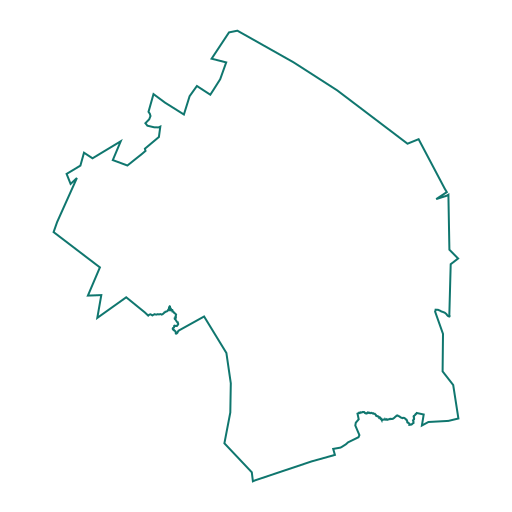 Rodeo, Durango, Mexico
{"feature_id": "50627088B73828506839390", "entity_name": "Rodeo", "entity_type": "district", "adm_level": 2, "iso_a3": "MEX", "parent_name": "Mexico", "parent_adm1": "Durango", "projection": "orthographic", "projection_center": [-104.523, 25.192], "detail": "fine", "context": "isolated", "style": "outline", "palette": "teal", "viewbox_px": 512, "rotation_deg": 0, "n_neighbors": 0, "source": "geoboundaries", "source_scale": "gbopen_adm2", "svg_char_len": 5575}
<svg xmlns="http://www.w3.org/2000/svg" viewBox="0 0 512 512"><path d="M255.2,480.3L311.6,461.4L334.9,454.9L333.2,448.9L340.5,447.6L341.8,446.9L345.9,444.3L348.1,442.3L358.5,437.2L359.4,435.1L355.3,425.5L355.8,422.7L358.7,419.3L357.5,413.6L358.2,413.3L358.7,413.1L358.9,412.8L359.0,412.7L359.5,412.9L359.6,413.1L359.8,413.1L360.2,412.4L360.5,412.3L360.8,412.5L361.4,412.5L361.8,412.5L362.4,412.0L363.0,412.1L363.3,412.0L363.6,412.0L363.8,412.1L364.0,412.0L364.3,412.1L364.4,412.3L364.5,412.4L364.7,412.6L364.8,412.9L365.0,413.1L365.3,413.2L365.5,413.3L365.7,413.1L365.9,413.1L366.1,413.2L366.3,413.3L366.5,413.5L366.8,413.5L367.0,413.4L367.3,412.9L367.8,412.9L367.9,412.7L368.0,412.4L368.4,412.5L368.9,412.9L369.3,412.7L369.8,413.1L370.1,413.2L370.3,413.2L370.6,413.1L370.8,413.1L371.1,412.8L371.4,412.8L371.7,412.9L371.8,413.0L372.2,413.1L372.6,413.4L372.8,413.5L373.0,413.6L373.3,413.6L373.5,413.4L374.0,413.8L374.8,413.8L375.0,414.1L375.2,414.3L375.6,414.6L375.9,414.9L376.0,415.2L375.9,415.4L376.0,415.6L376.1,415.8L376.6,416.0L376.8,416.1L377.1,416.0L377.4,416.2L377.6,416.2L377.7,416.4L377.8,416.5L378.1,416.4L378.4,416.5L378.6,416.8L378.8,417.0L379.0,417.2L379.3,417.2L379.3,417.4L379.3,417.6L379.5,417.5L379.6,417.3L379.8,417.3L380.2,417.7L380.2,417.8L380.3,418.4L380.5,418.4L380.5,418.6L380.7,418.9L381.0,418.9L380.9,419.2L381.1,419.4L381.6,419.8L381.8,420.2L381.9,419.8L382.1,419.8L382.4,419.7L382.5,419.7L382.5,419.8L382.8,419.9L383.1,419.7L383.5,419.5L384.8,419.6L384.9,419.4L385.0,419.6L385.3,419.7L385.5,419.6L385.9,419.6L386.0,419.4L386.3,419.4L386.5,419.3L386.7,419.5L386.8,419.4L387.0,419.7L387.3,419.7L387.4,419.8L387.5,419.8L388.4,419.4L388.6,419.4L388.8,419.3L389.0,419.2L389.4,419.1L389.8,419.2L390.0,418.9L390.4,418.9L390.5,418.8L390.9,418.8L391.2,418.9L391.3,419.0L391.5,419.0L392.0,419.0L392.1,418.9L392.3,418.8L392.8,418.8L393.1,418.7L394.0,418.0L394.2,417.9L395.4,416.7L396.3,416.1L396.5,415.7L397.2,415.4L397.7,415.5L397.9,415.8L398.4,416.1L398.8,416.2L399.5,416.4L399.9,416.9L400.7,417.3L401.0,417.6L401.4,417.8L402.5,417.9L402.6,418.1L403.0,418.0L403.2,417.9L403.6,417.8L404.1,417.9L405.0,418.4L405.3,418.7L405.5,419.1L405.7,419.4L406.2,419.4L406.5,419.6L406.9,420.4L406.9,420.7L407.2,421.1L407.3,421.5L407.2,422.0L407.4,422.5L407.5,422.6L407.9,422.6L408.1,422.8L408.5,422.9L409.0,423.3L409.2,423.7L409.4,424.1L409.3,424.9L409.8,424.9L410.0,424.6L410.4,424.4L411.0,424.6L411.3,424.4L411.5,424.5L411.9,424.3L412.1,424.1L412.4,423.8L412.7,423.4L413.0,423.2L413.4,423.1L413.4,422.9L413.5,422.7L413.5,421.6L413.0,420.7L413.3,420.2L413.4,419.6L413.6,419.5L413.9,419.5L414.0,419.4L414.1,418.4L413.8,417.8L413.8,417.7L414.0,417.2L413.6,416.5L413.6,416.3L413.8,416.0L414.1,416.0L414.2,415.9L414.4,415.6L414.5,415.5L415.3,414.8L415.4,414.3L415.7,414.0L416.2,413.9L416.3,413.8L416.6,413.5L416.4,413.4L416.3,413.1L415.9,412.8L423.7,414.5L421.9,425.5L428.4,422.0L448.4,420.9L458.4,418.5L453.2,385.0L442.6,371.4L443.0,333.9L435.1,311.6L435.5,310.4L435.6,309.7L438.0,309.8L440.3,310.8L440.8,311.1L441.0,311.3L441.5,311.5L442.0,311.7L442.6,311.8L443.2,312.1L444.6,312.6L445.5,313.3L446.4,314.1L446.6,314.3L447.1,315.1L447.4,315.4L448.0,316.0L448.6,316.3L449.2,316.5L449.8,316.5L450.2,316.6L449.3,315.8L450.7,264.2L458.1,258.5L449.4,249.7L448.4,194.7L446.8,195.7L436.2,199.1L446.8,192.1L444.7,188.6L418.6,139.2L407.5,143.7L337.1,90.3L293.5,62.3L237.4,30.7L229.0,32.4L211.6,58.7L226.2,62.4L220.2,79.2L213.1,90.4L210.3,94.7L196.9,86.0L189.6,96.2L183.9,114.5L165.1,102.7L153.5,94.1L148.5,111.8L149.8,113.7L150.5,116.0L149.2,119.3L145.4,123.2L147.4,125.7L154.2,127.3L158.6,127.4L160.3,126.6L158.9,137.0L144.9,148.7L145.5,150.9L142.1,153.8L127.4,165.5L112.8,160.1L120.7,141.3L92.5,158.3L84.0,152.7L80.4,165.6L66.6,173.9L70.6,183.9L76.9,178.0L57.1,222.1L53.6,232.1L84.8,255.9L99.9,267.4L87.9,295.6L101.3,295.1L97.3,317.9L126.2,297.3L144.7,312.3L148.2,315.6L148.6,315.2L149.1,314.8L150.4,314.3L151.1,314.6L152.0,315.2L152.5,315.4L152.8,315.1L153.2,314.9L153.7,314.7L154.5,314.2L155.0,314.4L156.5,314.6L157.6,314.2L158.3,314.4L158.7,314.3L159.2,314.4L160.3,314.1L160.9,314.2L161.6,314.6L162.6,314.2L164.2,312.8L164.3,312.5L164.7,312.4L165.2,312.1L165.4,311.7L166.2,311.6L167.0,311.3L167.6,310.8L168.1,310.4L168.4,310.2L168.2,309.7L168.4,309.4L168.7,309.2L168.9,308.8L169.0,308.2L169.0,307.6L169.4,306.7L169.7,306.3L169.9,306.4L170.0,306.5L170.0,307.3L170.1,308.0L170.1,308.4L170.3,309.0L170.5,309.0L170.6,308.9L170.6,308.5L170.7,308.4L170.8,308.5L170.9,308.9L171.0,309.1L171.2,309.5L171.0,309.9L170.3,310.1L170.3,310.3L170.5,310.3L171.7,310.2L172.0,310.0L172.3,310.0L172.5,310.3L172.5,310.8L172.4,311.2L172.4,311.5L173.2,311.7L173.4,311.8L173.7,312.4L174.0,312.5L174.3,313.0L175.0,313.4L175.8,314.2L176.1,314.6L175.8,315.5L175.9,316.0L175.4,316.6L175.4,316.8L175.8,317.1L175.9,317.8L175.6,318.1L175.3,318.2L174.7,318.3L174.7,318.7L174.8,319.0L175.5,319.6L176.3,320.9L177.5,322.6L177.8,322.5L178.0,323.2L178.2,323.8L178.2,324.2L178.1,324.5L177.8,324.9L177.4,325.2L177.1,325.8L176.8,325.8L176.4,326.0L176.1,326.0L175.9,325.9L175.6,326.0L175.0,325.8L174.7,325.9L174.4,325.7L174.2,325.9L174.3,326.3L174.1,326.7L174.0,326.9L173.9,327.2L174.0,327.4L173.8,327.7L173.4,327.8L173.0,328.0L172.8,328.4L172.7,328.8L172.9,329.3L173.2,329.7L173.6,329.9L173.8,330.2L174.1,330.1L175.4,331.4L175.5,331.9L175.7,332.2L175.7,332.3L175.9,332.9L175.8,333.5L176.1,333.7L176.6,333.5L177.1,333.1L177.6,332.5L177.7,331.8L178.4,331.1L178.5,330.7L204.1,316.5L226.4,353.0L230.8,383.3L230.3,412.5L224.4,443.3L251.8,472.3L252.9,481.3L255.2,480.3Z" fill="none" stroke="#0f766e" stroke-width="2"/></svg>